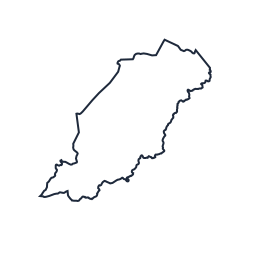 Xochiapulco, Puebla, Mexico, rotated 206°
{"feature_id": "50627088B83571733703728", "entity_name": "Xochiapulco", "entity_type": "district", "adm_level": 2, "iso_a3": "MEX", "parent_name": "Mexico", "parent_adm1": "Puebla", "projection": "mercator", "projection_center": [-97.658, 19.853], "detail": "fine", "context": "isolated", "style": "outline", "palette": "slate", "viewbox_px": 256, "rotation_deg": 206, "n_neighbors": 0, "source": "geoboundaries", "source_scale": "gbopen_adm2", "svg_char_len": 5608}
<svg xmlns="http://www.w3.org/2000/svg" viewBox="0 0 256 256"><g transform="rotate(206 128 128)"><path d="M78.7,197.1L79.6,198.5L80.1,199.1L80.4,199.3L81.1,199.4L81.6,199.6L81.6,199.9L81.2,200.6L80.9,200.8L79.9,201.2L78.9,202.1L78.6,202.9L79.0,204.6L78.6,204.9L78.0,205.1L76.5,205.0L75.8,205.4L75.4,206.0L75.5,206.6L76.0,207.6L76.0,210.1L76.7,210.9L77.2,212.1L77.7,212.3L79.0,212.6L79.4,213.0L79.3,213.6L78.4,214.2L78.3,214.4L78.5,215.2L78.7,215.3L78.9,215.6L79.2,215.6L79.8,216.4L80.1,216.3L80.7,218.0L101.3,227.7L101.3,226.1L101.0,224.7L101.2,224.1L102.1,223.7L103.7,224.0L104.4,224.4L105.6,224.6L108.1,224.6L109.2,224.3L110.1,223.7L110.8,222.3L111.5,221.6L114.9,221.4L119.0,223.6L133.8,223.4L134.0,221.4L134.7,205.8L138.2,203.8L143.4,202.9L146.6,201.9L148.2,200.8L149.1,200.0L150.7,199.8L151.9,199.2L153.2,198.2L154.0,196.6L154.0,195.0L153.7,193.5L153.7,192.9L153.8,191.9L164.4,186.3L164.7,185.0L165.4,184.4L166.0,183.5L166.0,182.2L165.9,181.7L165.6,181.3L165.2,181.3L164.0,181.4L162.7,180.5L162.5,179.8L162.5,179.4L161.5,174.2L164.1,160.6L169.4,146.7L172.2,137.4L175.9,123.0L176.8,120.5L177.6,119.3L178.6,119.1L180.0,118.7L180.6,118.2L170.2,102.5L170.3,89.8L169.5,88.5L169.1,87.6L168.8,86.5L167.7,85.1L166.7,84.5L163.1,83.7L162.1,83.1L161.9,82.0L162.0,80.3L161.4,77.8L159.0,75.2L159.0,74.5L160.8,72.6L162.0,71.7L162.4,70.6L163.4,70.0L165.1,69.9L168.2,70.1L169.6,70.1L170.3,69.8L170.9,69.4L171.8,69.3L172.1,69.0L173.1,69.3L173.8,69.9L174.4,69.1L174.1,68.5L172.1,67.4L171.6,66.9L171.4,66.1L171.7,65.4L172.4,65.2L172.8,64.8L173.3,64.0L174.0,63.8L175.3,63.8L176.0,63.9L176.5,63.5L176.6,63.0L176.5,62.6L175.4,60.3L174.8,59.8L174.1,59.6L173.5,59.2L173.2,58.3L173.2,57.6L173.2,57.0L173.6,55.6L173.5,55.1L173.4,54.4L172.7,53.6L172.6,52.9L173.5,51.0L174.4,50.1L174.9,49.8L175.3,48.7L175.7,45.2L176.5,43.2L174.9,39.2L174.9,36.2L175.8,34.9L176.3,31.7L176.3,30.9L176.5,29.9L177.1,28.3L174.0,29.4L173.5,29.2L172.6,29.5L171.4,30.3L169.0,32.4L165.3,36.3L163.6,37.6L162.3,38.3L161.8,39.1L161.3,40.1L160.9,40.4L157.7,41.3L156.9,41.8L155.6,44.0L154.7,44.9L152.5,41.3L151.5,40.5L148.4,39.0L147.1,38.7L146.7,38.3L144.8,38.9L142.3,40.1L141.6,40.2L140.9,40.6L140.2,41.4L139.9,43.2L139.4,43.9L138.9,46.0L138.4,46.7L137.3,46.8L136.7,47.2L135.8,47.1L135.8,46.8L135.6,46.8L134.8,47.2L133.7,48.0L133.1,47.9L133.0,48.1L132.8,48.1L131.8,47.8L131.1,47.8L130.8,47.8L130.5,47.9L130.1,48.1L130.0,48.3L129.9,48.3L129.6,48.5L129.3,48.4L129.2,48.7L129.0,48.8L128.7,49.5L128.7,49.8L128.3,50.5L128.1,51.0L126.8,52.4L126.4,53.3L126.4,54.1L126.7,55.4L127.0,55.5L127.0,55.8L126.7,58.6L126.3,59.4L126.6,59.9L127.0,60.3L128.4,60.8L128.8,61.7L129.0,62.5L128.9,62.9L128.9,63.6L128.6,64.0L128.3,63.9L127.6,64.3L127.3,64.8L127.1,65.2L127.2,66.6L127.0,68.0L126.8,68.7L126.4,69.2L126.1,70.0L125.9,70.2L125.4,70.3L124.3,70.3L124.0,70.4L123.6,70.3L121.7,70.4L120.3,70.4L120.2,70.5L119.7,70.4L119.5,70.6L118.9,71.0L117.8,71.9L115.3,76.1L114.3,77.3L113.8,77.5L112.4,78.9L111.4,80.8L110.8,80.9L109.8,80.4L109.2,80.3L108.1,80.7L107.3,80.4L106.3,79.9L106.0,79.9L105.7,79.7L105.0,79.8L104.4,80.3L104.4,81.1L104.7,81.6L105.5,82.0L106.7,82.0L107.1,82.3L107.2,82.7L107.2,82.9L106.9,83.4L106.3,83.8L106.2,84.2L106.0,84.3L105.7,84.5L105.4,85.3L105.0,85.5L104.8,85.9L104.6,86.0L104.4,86.4L104.1,86.4L103.7,87.1L103.5,87.8L103.3,88.0L103.2,88.7L103.6,89.2L103.6,89.7L104.6,89.8L105.1,90.0L105.4,90.4L105.6,91.0L105.7,91.8L105.0,92.9L104.2,93.7L104.1,94.3L103.8,94.8L103.5,96.5L103.9,97.7L104.0,98.1L104.0,98.6L103.7,99.1L102.9,100.0L102.8,100.3L102.8,101.1L102.9,101.5L104.3,103.1L104.6,104.2L104.7,104.5L104.5,105.1L103.8,106.2L103.9,106.9L104.1,107.0L104.1,107.4L104.3,107.9L104.0,109.1L103.6,109.5L103.0,109.4L102.5,109.1L101.3,108.1L100.7,108.0L100.1,108.2L98.8,108.9L98.2,109.6L97.3,109.8L97.3,110.8L96.9,111.8L95.1,111.8L94.5,112.0L94.2,111.9L93.6,111.5L93.1,111.4L92.3,111.9L92.2,112.3L91.8,112.4L91.5,112.7L91.3,113.0L91.2,113.0L90.7,113.7L90.9,114.1L91.6,114.8L91.7,115.1L91.6,115.9L91.3,116.1L91.2,116.4L90.9,116.4L90.5,116.7L90.0,116.9L89.4,117.6L88.8,117.9L87.4,119.6L86.8,119.8L86.7,120.3L86.6,120.5L86.5,120.8L86.0,121.5L85.9,121.9L85.3,122.9L85.4,123.4L85.6,123.5L85.8,123.8L87.6,124.6L87.9,125.3L88.0,125.9L88.7,126.5L88.9,126.8L89.3,129.6L89.6,130.3L90.0,130.8L91.2,131.6L91.6,132.3L91.8,133.8L91.7,135.7L91.5,136.8L91.2,137.4L91.3,137.9L91.5,138.1L92.6,138.8L93.2,139.1L93.5,139.4L94.2,140.3L94.4,141.0L94.2,141.7L93.5,142.7L93.6,143.0L93.4,143.2L93.4,144.0L93.7,144.8L93.8,146.2L93.6,147.4L93.3,148.1L93.6,148.8L93.6,149.2L93.5,149.6L92.9,150.3L92.3,151.5L92.2,152.5L92.5,154.3L92.3,154.8L92.2,155.7L91.8,157.1L92.1,157.5L92.2,158.0L92.4,158.3L93.1,159.0L93.1,159.3L93.3,159.7L93.3,160.1L93.0,160.9L92.9,160.9L92.9,161.1L92.7,161.5L92.5,161.9L92.1,162.4L91.6,162.5L91.6,162.9L91.3,163.2L91.1,163.8L91.1,164.1L91.3,164.8L91.7,165.2L91.8,165.6L92.2,166.3L92.2,167.2L92.7,168.2L93.0,168.3L93.3,169.9L93.5,170.0L93.5,170.5L93.8,170.7L94.1,171.5L93.7,172.4L93.7,173.3L93.9,173.5L93.7,173.9L93.7,174.1L93.6,174.3L93.6,174.7L93.5,174.8L93.2,175.4L92.3,176.2L90.8,176.0L90.4,175.8L89.7,176.0L89.3,176.6L89.4,177.2L88.6,178.0L88.3,178.8L88.1,178.8L88.0,179.1L87.1,179.6L87.1,179.9L86.3,180.6L86.2,181.0L86.0,181.4L85.8,181.9L87.0,183.2L87.2,184.0L87.3,184.5L87.5,184.9L88.7,186.3L89.9,186.8L90.7,187.5L91.0,188.1L91.0,188.4L90.9,188.7L90.5,188.9L90.1,188.9L88.8,188.6L88.2,188.5L87.9,188.9L87.5,189.0L87.0,189.3L86.5,189.8L86.6,190.0L85.9,191.2L85.5,191.6L85.5,191.8L84.8,192.5L84.7,192.7L84.1,192.9L82.9,193.4L82.7,193.6L81.8,194.0L81.6,194.3L81.4,194.6L81.2,194.7L80.5,195.2L79.7,195.4L78.7,197.1Z" fill="none" stroke="#1e293b" stroke-width="2"/></g></svg>